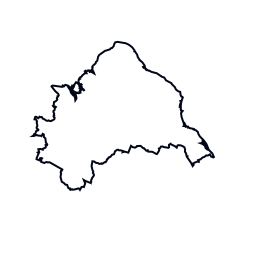 map outline of Brazil (Natural Earth projection), rotated 291°
{"feature_id": "BRA", "entity_name": "Brazil", "entity_type": "country or territory", "adm_level": 0, "iso_a3": "BRA", "parent_name": "South America", "parent_adm1": "", "projection": "natural_earth1", "projection_center": [-55.283, -14.242], "detail": "fine", "context": "isolated", "style": "outline", "palette": "ink", "viewbox_px": 256, "rotation_deg": 291, "n_neighbors": 0, "source": "natural_earth", "source_scale": "50m", "svg_char_len": 5811}
<svg xmlns="http://www.w3.org/2000/svg" viewBox="0 0 256 256"><g transform="rotate(291 128 128)"><path d="M78.1,56.0L80.2,58.1L81.3,58.0L82.8,57.1L83.5,57.8L83.3,58.5L83.7,58.5L85.1,56.5L88.7,54.6L89.5,52.7L91.8,51.7L92.0,50.5L89.4,50.1L89.5,49.3L88.7,46.8L88.7,45.1L86.9,43.1L86.4,41.9L87.3,42.5L88.8,42.6L89.5,43.5L92.2,43.4L93.7,45.0L94.2,45.0L94.5,44.7L94.7,43.1L96.0,42.4L97.0,42.7L98.3,42.2L100.5,40.7L101.6,40.7L103.1,39.0L102.6,37.6L103.0,37.5L105.0,37.4L105.6,38.1L105.0,40.7L106.8,41.4L106.6,42.1L107.4,43.5L106.2,45.1L106.3,46.2L105.6,49.2L106.0,50.7L106.6,51.1L106.6,52.9L106.9,53.6L108.7,55.3L110.1,56.1L111.5,55.7L111.6,55.0L112.2,54.3L113.5,54.6L113.7,54.0L115.2,53.8L116.1,52.7L117.1,52.3L118.3,53.0L119.7,52.7L121.8,53.1L121.9,52.2L121.1,51.2L121.8,50.0L122.7,50.5L125.7,49.6L127.0,50.9L129.1,51.8L130.5,50.8L131.6,51.2L132.3,50.8L132.7,51.5L133.8,51.6L135.0,50.4L136.3,46.9L139.4,41.7L139.8,41.7L140.7,42.7L142.8,51.8L143.2,51.9L143.8,53.2L145.8,54.0L146.0,56.3L144.5,57.8L142.6,60.6L140.5,62.1L138.8,65.2L138.7,66.4L137.9,67.1L137.7,68.0L136.7,68.0L135.0,68.9L136.8,69.3L137.8,69.0L142.1,66.0L142.3,66.5L142.0,66.8L142.9,69.8L144.0,71.0L145.6,70.2L146.8,70.6L148.4,69.7L147.1,74.0L147.8,73.3L148.8,70.6L149.7,70.2L150.8,68.6L151.8,69.2L152.2,68.5L151.8,68.1L151.8,67.0L153.2,65.1L155.4,64.8L156.0,65.2L155.9,64.7L156.6,64.7L158.4,65.3L159.2,66.2L160.8,66.5L163.1,67.9L163.8,68.0L164.3,69.6L165.4,68.5L166.8,69.7L166.5,70.0L167.1,69.8L167.5,71.2L166.6,72.2L167.0,72.7L167.9,71.7L168.1,72.6L167.6,72.8L167.3,73.6L166.8,76.5L167.9,75.3L168.7,73.1L169.2,73.2L168.9,74.7L169.9,73.6L171.8,73.3L172.1,72.7L173.9,73.1L176.7,74.6L178.2,74.4L179.7,75.2L183.8,74.6L185.8,74.9L191.8,78.9L193.5,81.2L195.1,83.0L196.4,83.5L196.9,84.4L199.3,85.3L201.7,85.1L203.4,85.4L204.7,87.5L206.3,95.5L206.1,98.6L205.6,100.6L204.8,103.1L203.0,105.9L202.3,106.7L201.8,106.6L201.8,107.3L199.7,110.3L197.6,111.8L195.8,114.5L195.8,113.8L194.5,117.8L192.2,121.2L191.2,121.8L191.1,120.9L190.4,120.2L189.8,121.0L190.1,121.5L189.8,122.6L189.0,123.7L188.8,124.7L189.2,124.8L188.9,126.8L189.1,127.1L189.3,126.7L188.8,129.6L189.4,135.3L188.0,141.4L188.1,143.8L186.1,146.4L185.4,152.5L184.6,153.3L182.9,157.2L181.3,158.7L180.7,160.3L180.3,161.5L180.4,163.8L177.6,165.3L176.5,166.5L176.6,167.5L176.2,168.2L172.6,168.3L171.9,167.2L171.5,167.5L171.6,168.4L168.9,169.0L168.6,168.7L169.8,168.5L169.1,168.1L166.1,168.7L165.9,169.4L166.3,169.8L163.3,171.3L162.8,172.2L160.8,172.2L157.3,174.2L152.8,178.0L153.1,178.1L153.1,178.6L152.0,179.8L152.0,179.3L151.2,179.1L150.9,179.9L149.9,179.5L150.1,180.1L151.2,180.6L150.6,181.6L150.1,181.7L150.5,182.2L150.3,183.3L149.8,183.7L150.2,184.4L150.0,185.8L150.5,188.1L150.1,189.7L150.2,192.2L149.4,194.5L147.6,195.9L145.8,198.2L143.6,203.1L141.1,207.0L136.8,211.0L136.8,209.7L137.4,209.9L138.2,209.4L139.8,208.0L140.2,206.4L140.9,206.2L141.1,205.4L142.1,204.4L142.0,203.1L142.5,203.2L142.6,202.3L140.8,202.9L139.8,201.3L139.8,202.3L140.3,202.8L139.8,204.6L139.5,204.3L138.9,206.3L137.1,207.6L136.3,209.9L136.5,211.3L134.5,215.8L131.7,218.6L131.1,218.2L131.1,215.9L132.7,213.9L130.9,212.4L130.3,210.7L128.5,209.8L127.1,208.1L124.9,207.1L123.3,205.1L122.5,206.0L121.7,206.2L121.6,204.8L118.5,201.6L117.4,201.8L117.1,202.5L115.6,202.0L118.1,199.3L122.1,193.5L122.9,193.6L122.8,192.8L125.2,191.2L126.2,189.7L128.2,189.1L130.1,187.7L130.5,186.6L130.7,183.5L129.9,180.9L129.4,180.5L127.1,180.5L127.8,178.4L128.2,173.7L128.5,173.4L127.0,172.3L124.8,173.2L124.0,172.9L123.0,168.0L123.2,167.0L122.5,165.5L120.7,165.1L119.9,164.2L119.2,164.9L118.0,165.1L114.3,164.5L113.9,164.0L114.5,159.2L113.2,155.3L114.3,154.4L113.3,153.3L114.9,150.1L114.6,149.5L115.8,146.2L114.4,142.9L113.8,142.9L112.2,141.6L111.8,139.2L112.4,137.2L105.1,137.1L104.8,133.5L103.5,131.7L104.7,131.7L104.6,129.5L103.9,127.5L104.2,126.7L103.7,125.6L101.5,124.2L98.6,124.4L97.3,122.7L94.7,121.9L93.5,120.4L92.4,120.5L91.1,119.5L90.1,119.8L88.1,119.4L87.8,118.5L85.8,117.2L85.5,116.1L85.1,116.2L84.2,113.8L84.5,112.8L84.0,110.4L84.6,108.7L84.2,106.7L79.5,107.6L76.1,109.8L74.9,111.2L73.5,111.3L72.6,112.6L71.4,113.2L68.9,112.5L66.0,112.3L64.5,113.0L63.7,112.4L63.3,112.7L63.3,107.2L63.6,105.4L60.9,107.9L57.1,108.0L57.1,107.3L56.3,105.8L53.0,105.3L53.9,103.9L53.9,103.4L51.6,100.4L50.6,98.5L50.8,97.7L49.7,96.7L49.8,95.9L50.8,95.6L50.5,94.5L50.6,93.7L53.1,91.6L52.7,89.9L53.7,87.8L54.1,85.4L58.2,82.5L61.7,81.8L62.4,81.0L64.0,80.9L64.6,81.6L65.7,81.6L67.9,67.2L67.1,65.2L67.0,64.0L65.3,62.3L65.3,59.0L67.7,58.3L68.9,58.6L68.9,57.7L68.3,56.8L66.1,56.8L66.1,53.8L67.4,53.5L72.8,53.7L72.5,53.1L72.8,52.5L73.8,53.6L76.0,51.9L77.1,53.8L77.2,56.2L78.1,56.0ZM147.1,62.7L149.2,62.4L152.1,63.1L151.4,65.8L150.3,67.4L150.3,68.1L149.5,68.7L149.0,68.2L148.7,69.1L147.6,68.7L147.3,69.6L146.4,70.0L145.4,69.6L143.6,70.0L142.6,67.4L142.7,66.9L143.3,66.8L142.8,66.7L142.5,65.9L143.1,62.9L144.6,62.2L147.1,62.7ZM140.5,66.4L137.9,68.4L138.9,66.7L138.9,65.6L139.4,64.7L140.6,64.2L141.0,64.8L140.5,66.4ZM144.5,60.6L146.9,60.7L146.0,61.8L144.3,61.5L144.5,60.6ZM144.3,60.5L143.9,61.7L143.1,61.4L144.1,58.9L144.3,60.5ZM147.9,62.2L146.8,62.3L146.3,62.1L147.6,61.3L148.2,61.7L147.9,62.2ZM143.0,62.3L141.9,63.2L141.5,62.7L141.7,62.2L142.3,61.9L143.0,61.9L143.0,62.3ZM145.0,59.9L144.6,60.0L144.5,59.3L145.4,58.7L145.0,59.9ZM144.4,52.7L143.8,52.8L143.7,51.8L144.3,51.8L144.4,52.7ZM151.0,189.0L150.4,190.9L150.5,189.8L151.0,189.0ZM163.4,171.9L163.5,172.9L162.8,172.7L163.4,171.9ZM150.4,184.3L150.1,183.8L150.6,183.3L150.8,183.5L150.4,184.3ZM167.7,75.3L167.3,75.8L167.4,74.6L167.7,74.3L167.7,75.3ZM190.8,121.9L190.0,122.2L190.5,121.4L190.8,121.9ZM168.0,169.1L167.3,169.5L167.1,169.3L167.6,168.8L168.0,169.1ZM189.5,123.8L189.2,124.4L189.1,124.0L189.5,123.8ZM166.1,67.8L165.8,68.1L165.6,68.0L165.7,67.5L166.1,67.8Z" fill="none" stroke="#020617" stroke-width="2"/></g></svg>